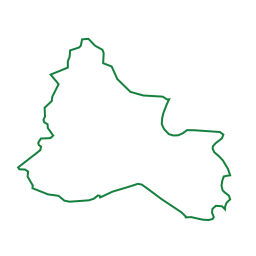 an SVG outline of South Lanarkshire, rotated 184°
{"feature_id": "GBR-2010", "entity_name": "South Lanarkshire", "entity_type": "Unitary District", "adm_level": 1, "iso_a3": "GBR", "parent_name": "United Kingdom", "parent_adm1": "", "projection": "natural_earth1", "projection_center": [-3.869, 55.56], "detail": "fine", "context": "isolated", "style": "outline", "palette": "green", "viewbox_px": 256, "rotation_deg": 184, "n_neighbors": 0, "source": "natural_earth", "source_scale": "10m", "svg_char_len": 1358}
<svg xmlns="http://www.w3.org/2000/svg" viewBox="0 0 256 256"><g transform="rotate(184 128 128)"><path d="M95.6,161.7L90.7,159.1L89.0,159.5L91.3,153.4L93.9,144.8L94.6,140.0L94.6,134.3L92.0,129.5L86.8,124.7L82.3,123.7L77.5,124.2L73.0,126.6L68.9,130.0L61.1,130.4L47.3,130.4L41.0,130.4L36.1,130.4L32.4,128.1L33.6,124.2L39.5,119.0L42.1,115.6L42.1,113.2L40.3,109.9L35.1,106.0L31.0,102.2L25.4,94.1L22.8,87.9L25.8,87.3L29.1,86.3L30.2,82.3L30.7,77.0L29.2,72.3L26.8,70.3L22.7,67.6L21.1,63.9L22.4,62.6L24.5,60.2L25.6,56.5L25.5,53.7L26.1,54.2L28.9,56.5L34.9,56.5L38.1,53.2L38.3,49.5L36.2,45.1L37.3,43.1L41.2,41.8L47.5,41.8L58.7,43.5L64.1,42.9L64.1,43.6L68.8,47.6L89.4,59.3L103.6,68.4L110.3,72.5L114.2,73.0L122.9,69.5L139.1,63.4L150.9,56.8L151.5,58.4L153.3,58.6L157.1,55.1L162.1,53.1L181.2,50.4L186.4,51.1L192.6,55.5L203.1,56.2L219.1,61.3L219.0,64.0L224.8,72.6L224.6,77.6L227.9,79.4L233.4,79.2L234.9,81.0L213.9,99.8L213.5,103.4L215.8,104.8L216.5,107.0L214.2,111.4L204.7,112.5L202.1,115.2L208.0,122.4L208.5,126.1L212.0,127.9L212.9,130.2L211.6,133.6L212.6,142.4L205.9,149.6L205.7,153.9L200.3,166.9L208.9,175.9L192.2,184.1L192.7,190.3L191.2,195.2L191.1,201.4L182.4,204.9L180.8,206.9L180.0,213.2L173.7,214.2L166.5,207.7L159.0,204.3L157.5,201.1L157.3,190.9L148.6,188.2L142.1,176.1L128.1,164.2L115.0,161.5L95.6,161.7Z" fill="none" stroke="#15803d" stroke-width="2"/></g></svg>